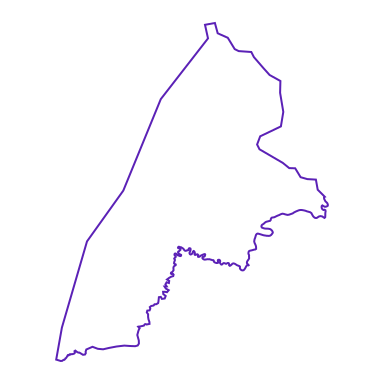 Villa Sara, Treinta y Tres, Uruguay
{"feature_id": "84410073B51130607975683", "entity_name": "Villa Sara", "entity_type": "district", "adm_level": 2, "iso_a3": "URY", "parent_name": "Uruguay", "parent_adm1": "Treinta y Tres", "projection": "robinson", "projection_center": [-54.408, -33.348], "detail": "fine", "context": "isolated", "style": "outline", "palette": "violet", "viewbox_px": 384, "rotation_deg": 0, "n_neighbors": 0, "source": "geoboundaries", "source_scale": "gbopen_adm2", "svg_char_len": 6071}
<svg xmlns="http://www.w3.org/2000/svg" viewBox="0 0 384 384"><path d="M324.8,196.8L317.7,189.7L315.9,179.6L307.3,179.1L300.6,177.2L295.2,168.3L289.2,168.1L282.8,162.9L259.5,149.3L257.1,144.5L260.2,136.3L280.9,126.4L283.3,111.9L280.1,92.8L280.4,81.0L269.6,75.0L263.5,68.2L253.9,57.1L251.3,52.0L238.7,51.1L234.7,49.1L227.8,37.8L217.7,33.3L214.9,23.0L205.0,24.8L208.0,38.4L160.8,99.1L123.3,190.6L87.0,241.4L61.9,327.6L56.2,359.6L60.8,361.0L62.3,360.8L62.9,360.3L63.6,359.8L64.4,359.8L64.9,359.2L65.4,358.7L65.5,358.3L66.1,358.0L66.6,357.3L67.2,356.2L67.7,355.4L68.1,355.6L68.3,355.5L68.2,355.2L68.6,355.1L68.6,354.9L69.2,354.8L70.1,354.7L70.3,354.6L70.2,354.3L70.2,354.2L71.2,354.2L72.7,354.1L74.3,353.5L74.8,352.9L74.9,352.2L74.5,351.2L75.3,350.6L77.2,352.1L78.4,352.6L79.4,352.6L83.0,354.8L85.0,354.5L85.8,353.1L85.6,351.8L86.3,349.5L92.5,346.8L97.8,348.8L103.1,349.3L109.2,347.9L116.6,346.5L124.3,345.6L130.0,346.0L135.2,346.2L137.7,345.5L138.9,343.6L138.8,340.5L137.3,335.0L138.3,331.2L138.8,329.8L139.2,329.0L139.6,328.3L138.9,327.6L138.5,327.1L138.2,326.7L138.6,326.6L139.1,326.5L139.9,326.5L142.2,326.0L143.9,325.6L144.6,324.5L145.2,324.1L146.0,324.2L146.6,324.5L149.5,323.9L149.4,321.9L148.5,319.4L148.1,317.0L148.1,314.2L146.8,312.4L147.3,310.6L149.6,310.4L150.3,308.7L149.8,307.1L151.2,306.0L153.6,305.5L154.5,304.3L156.3,304.2L158.1,303.1L158.4,301.8L158.7,299.2L158.9,297.2L160.8,296.9L161.9,298.9L164.7,298.5L165.7,296.0L163.3,294.1L163.1,291.8L165.0,291.8L167.0,292.2L168.7,290.2L165.9,288.6L164.5,286.5L166.7,286.4L165.4,284.4L166.6,282.3L168.9,283.0L169.2,280.9L167.0,279.5L169.1,277.9L171.2,276.7L173.2,276.1L173.4,275.3L173.6,274.7L173.0,273.9L172.3,273.9L171.4,274.0L170.9,273.4L171.1,272.6L172.0,272.2L172.8,271.3L173.5,270.4L173.5,269.3L173.4,267.8L173.7,266.7L174.3,266.0L174.9,265.6L175.4,265.4L175.8,264.9L175.7,264.4L175.1,264.1L174.4,263.8L174.0,263.2L174.2,262.3L174.4,261.5L174.7,260.8L174.9,260.2L174.9,259.7L174.5,259.2L174.2,258.7L174.5,258.1L175.5,257.3L175.8,256.7L175.6,256.2L175.1,255.8L174.7,255.4L174.5,254.7L174.5,254.2L174.8,253.7L175.2,253.5L175.8,253.6L176.4,254.0L177.0,254.7L177.3,254.9L177.9,255.3L179.4,255.8L180.0,256.1L180.7,256.0L181.1,255.6L181.1,254.9L180.6,254.6L179.9,254.3L179.1,253.9L178.7,253.3L178.1,252.6L178.0,252.1L178.5,251.4L179.3,251.0L179.8,250.4L180.4,249.9L180.5,249.3L180.2,248.8L179.7,248.5L178.8,248.3L178.2,248.1L178.0,247.6L178.3,247.0L178.9,246.7L179.6,247.0L180.4,247.2L180.9,247.2L181.8,247.7L182.6,248.2L183.3,248.7L183.8,249.3L184.1,249.9L184.6,250.4L185.2,250.8L186.0,250.8L186.6,250.5L187.1,250.3L187.9,250.3L188.3,250.1L188.4,249.5L188.6,249.0L189.1,248.3L189.7,248.2L190.4,248.5L190.6,249.0L190.6,249.9L190.3,250.6L190.2,251.3L190.0,251.8L189.6,252.4L189.5,252.9L189.6,253.6L190.0,254.2L190.5,254.5L191.1,254.4L191.9,253.9L192.4,253.2L192.8,252.3L193.0,251.6L193.6,251.0L194.1,251.2L194.5,251.8L194.7,252.4L194.9,253.2L194.5,254.2L194.8,254.8L195.6,254.9L197.1,254.3L197.5,254.3L197.9,254.7L198.3,255.1L198.2,255.5L198.0,255.9L198.0,256.5L198.2,256.9L198.9,256.9L199.6,256.6L200.2,256.2L201.0,255.5L202.6,254.8L203.3,254.5L204.4,254.1L205.0,254.2L205.2,254.6L204.9,255.9L204.4,256.5L203.6,256.9L202.9,256.9L202.5,257.4L202.4,257.8L202.5,258.4L203.1,259.0L203.6,259.3L204.4,259.6L205.1,259.6L207.6,259.2L208.5,259.3L209.4,259.2L210.0,259.4L210.6,259.6L211.8,259.9L212.4,260.2L213.0,260.2L213.4,260.2L213.7,260.5L213.9,261.3L214.1,261.9L214.6,262.3L215.2,262.6L216.4,263.0L217.1,263.0L217.6,262.9L218.0,262.8L218.2,262.4L218.1,261.8L217.9,261.3L217.8,260.7L218.0,260.0L218.4,259.8L218.8,259.8L219.2,259.8L219.8,260.2L220.0,260.5L220.2,261.1L220.1,261.7L219.9,262.3L219.9,262.8L220.5,263.7L220.7,263.9L221.2,264.5L221.6,264.6L221.9,264.5L222.3,264.3L222.7,263.8L223.1,263.4L223.6,263.1L224.1,263.1L225.1,263.4L226.0,263.8L226.5,263.7L227.4,263.1L227.9,263.0L228.6,263.1L228.8,263.4L229.1,264.1L229.2,264.7L229.1,265.2L229.4,265.5L229.7,265.8L230.2,265.7L230.8,265.3L231.2,264.9L231.8,264.4L232.3,263.8L232.9,263.5L233.5,263.4L233.9,263.5L234.6,263.7L235.2,264.0L235.8,264.4L236.4,264.8L237.0,265.2L237.8,265.5L239.3,266.1L239.8,266.4L240.0,266.9L239.9,267.4L239.9,268.0L240.0,268.5L240.4,269.2L241.1,269.9L241.9,270.3L242.8,270.4L243.6,270.2L244.3,269.5L245.0,268.6L246.1,266.5L246.6,265.7L247.1,265.2L247.6,265.2L248.3,265.4L248.6,265.2L248.3,264.7L247.8,264.3L247.3,263.8L247.0,263.3L246.9,262.7L247.0,262.0L247.2,261.4L247.7,260.6L248.7,259.2L249.1,258.4L249.1,257.6L249.0,256.7L249.1,255.6L248.9,254.7L248.5,254.0L248.4,253.2L248.5,252.5L248.7,251.7L249.1,251.1L249.9,250.7L250.9,250.5L251.8,250.3L252.9,250.0L254.2,249.6L255.2,249.5L256.1,248.9L256.1,247.7L256.0,246.5L255.7,245.4L255.2,244.2L254.6,243.0L254.2,241.5L254.4,240.1L254.6,239.1L255.1,237.9L255.4,236.9L255.7,235.8L256.1,234.7L256.8,233.9L257.6,233.6L258.4,233.7L260.5,234.3L263.3,235.2L264.9,235.5L265.8,235.6L266.7,235.8L267.6,235.8L268.7,235.9L270.0,235.7L271.1,235.0L272.1,233.8L272.8,232.7L272.6,231.7L272.0,230.6L270.7,229.4L270.1,229.1L268.9,228.8L268.0,228.7L267.0,228.7L266.2,228.6L265.3,228.6L264.2,228.4L263.0,228.0L261.8,227.5L261.4,226.5L261.6,225.4L262.2,224.7L263.2,224.1L264.0,223.5L264.7,222.8L265.6,222.1L266.5,221.7L267.7,221.4L270.1,220.8L270.8,219.8L270.8,219.1L271.2,218.2L271.9,217.6L272.8,217.5L274.4,217.2L276.8,216.0L278.2,215.4L279.3,215.0L280.2,214.5L281.1,214.1L282.4,213.7L283.8,213.9L285.0,214.3L286.2,214.6L287.4,214.9L289.0,214.7L292.7,213.4L294.1,212.4L296.1,211.4L298.8,210.3L300.1,210.0L301.8,210.0L304.0,210.4L305.6,210.8L306.8,211.3L308.3,211.7L310.1,212.2L311.4,213.1L312.0,214.3L312.9,215.9L313.5,216.7L314.3,217.4L315.1,217.9L316.3,218.0L317.2,217.7L318.0,217.1L319.1,216.4L320.6,216.1L322.4,216.5L323.7,217.5L324.5,217.9L325.2,217.2L325.3,215.5L325.3,213.6L325.4,212.4L325.6,211.4L325.4,210.2L324.4,209.7L323.5,210.0L322.4,209.3L321.7,207.9L321.6,206.8L321.8,205.9L322.4,205.4L324.0,206.4L325.0,206.8L326.6,206.5L327.8,205.7L327.8,204.4L327.3,203.2L326.5,202.3L325.4,201.3L324.8,200.1L324.3,199.2L324.0,197.9L324.1,197.1L324.8,196.8Z" fill="none" stroke="#5b21b6" stroke-width="2"/></svg>